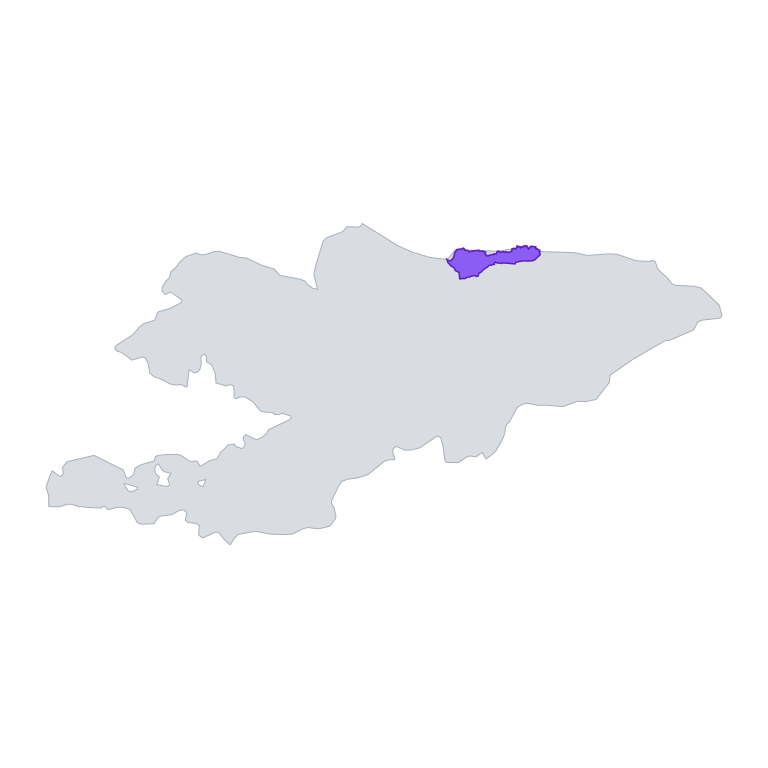 Kemin, Chuy, Kyrgyzstan shown in context
{"feature_id": "92254566B21281891478391", "entity_name": "Kemin", "entity_type": "district", "adm_level": 2, "iso_a3": "KGZ", "parent_name": "Kyrgyzstan", "parent_adm1": "Chuy", "projection": "orthographic", "projection_center": [76.498, 42.781], "detail": "fine", "context": "in_parent", "style": "filled", "palette": "violet", "viewbox_px": 768, "rotation_deg": 0, "n_neighbors": 0, "source": "geoboundaries", "source_scale": "gbopen_adm2", "svg_char_len": 8965}
<svg xmlns="http://www.w3.org/2000/svg" viewBox="0 0 768 768"><path d="M155.3,456.8L157.4,455.6L163.9,454.7L176.9,454.3L181.2,455.5L189.8,461.4L196.6,461.1L197.8,461.9L200.1,466.6L209.9,460.5L216.8,458.9L220.6,452.4L228.3,444.9L234.6,444.0L234.7,445.2L235.8,446.5L242.1,448.6L244.1,446.6L245.3,443.8L243.3,439.1L243.3,437.2L245.5,434.5L255.4,439.3L257.7,439.3L262.4,437.1L266.8,433.0L268.5,429.7L289.7,419.6L291.2,417.7L291.0,416.2L282.4,413.3L278.5,414.6L274.8,414.5L272.7,412.8L262.2,411.7L259.9,410.4L253.3,402.2L244.9,396.8L240.7,396.9L235.6,398.7L234.1,397.7L234.1,390.2L233.3,385.7L230.4,384.5L226.4,386.0L216.0,383.0L215.3,373.6L211.8,365.1L206.4,361.5L206.5,356.5L204.6,354.3L202.9,354.8L200.7,357.2L201.4,362.7L200.3,368.2L198.9,370.9L196.3,372.7L193.6,372.6L189.0,369.6L187.2,386.1L186.2,387.1L180.7,384.4L176.0,385.1L169.2,383.7L164.3,380.6L154.4,376.8L149.9,373.5L147.8,362.2L145.3,358.0L142.7,357.0L131.9,360.1L121.5,352.5L116.2,350.7L114.9,348.5L115.4,346.0L132.7,334.8L139.8,326.7L144.1,323.4L154.7,320.3L157.5,312.6L158.5,311.8L169.2,308.7L181.4,302.6L181.7,300.7L180.7,299.0L170.5,292.0L165.0,294.6L162.0,290.7L162.3,287.0L166.2,280.8L169.4,277.8L171.0,271.7L175.5,267.8L180.3,261.6L185.9,256.6L195.9,253.2L201.3,254.8L206.5,254.2L214.6,251.4L219.5,251.4L239.6,257.4L246.4,258.0L261.9,265.3L274.2,269.1L280.0,275.5L299.9,279.1L305.3,281.2L307.1,284.2L312.7,288.3L317.5,289.3L313.8,274.2L315.8,265.5L323.0,241.4L326.4,237.9L342.8,231.6L346.7,226.7L358.2,227.1L360.7,226.2L362.1,223.4L397.5,245.5L411.0,251.7L429.8,257.4L445.8,259.4L448.5,258.2L455.0,250.0L458.0,249.6L497.6,251.3L525.9,246.8L530.0,247.0L540.6,251.6L574.2,252.6L587.4,255.4L608.3,253.9L617.1,254.2L633.1,259.8L638.7,260.9L649.1,261.5L653.0,260.4L655.3,261.7L657.8,269.1L667.9,278.4L671.7,283.5L675.5,285.4L694.2,286.3L701.3,288.0L719.3,305.3L721.9,315.8L720.2,318.1L701.9,320.2L697.8,322.0L693.6,330.0L669.2,340.4L665.5,340.4L632.8,359.4L610.1,375.2L609.3,382.5L596.1,399.4L585.9,401.6L577.3,401.4L563.1,406.6L544.9,405.1L538.7,405.4L526.8,403.2L521.9,404.5L516.9,407.9L509.8,421.2L506.9,424.3L505.6,427.3L504.6,433.8L501.8,440.6L495.8,451.0L490.7,455.8L485.9,458.8L482.2,452.5L475.9,456.9L470.1,455.9L466.5,457.2L458.3,462.7L446.3,462.4L445.0,460.5L442.8,445.3L440.8,438.1L439.1,436.5L436.9,436.3L419.6,447.9L411.6,449.9L405.0,450.2L396.5,446.5L394.6,447.3L393.1,449.2L392.5,451.6L394.8,458.4L394.1,459.8L390.2,459.6L384.8,461.0L367.9,474.6L357.4,478.0L347.6,479.2L341.7,481.5L338.3,486.6L331.5,500.9L331.7,503.9L334.2,507.9L336.0,516.7L335.4,518.9L330.0,526.0L323.2,527.9L317.9,528.8L307.9,527.5L302.7,528.8L293.0,533.9L285.1,534.6L270.3,534.1L255.9,531.4L251.1,531.9L238.1,534.5L233.5,539.4L230.9,544.0L229.6,544.6L224.7,540.0L218.5,532.3L215.3,532.2L203.4,537.7L201.7,537.4L198.5,534.9L199.4,525.5L195.8,523.4L188.0,522.4L185.4,520.2L186.6,514.2L185.9,511.9L183.9,510.0L179.8,510.2L171.4,514.8L161.6,515.9L158.2,517.3L154.1,523.7L141.2,524.2L137.2,522.4L130.2,509.7L123.7,507.4L116.9,507.3L107.6,509.8L105.6,507.1L103.2,506.1L101.0,508.1L89.7,507.6L78.4,506.4L72.0,504.4L67.7,504.2L59.1,506.8L48.8,506.6L48.6,495.1L46.1,487.2L50.2,474.8L52.2,470.9L59.5,476.3L62.3,475.7L63.2,473.3L62.5,467.5L66.8,461.7L94.2,455.4L123.2,469.9L126.5,478.2L129.1,478.0L133.5,474.7L135.2,468.0L141.3,464.6L154.4,460.9L155.3,456.8ZM168.9,485.7L169.6,484.6L167.7,478.6L171.1,473.2L165.0,471.9L162.1,470.1L158.9,464.3L157.8,464.0L155.9,465.4L154.7,469.0L155.3,473.0L159.4,477.0L156.9,484.7L165.8,486.3L168.9,485.7ZM137.4,489.1L137.3,487.4L135.2,486.5L124.2,483.5L124.5,485.1L128.4,491.2L131.7,491.8L137.4,489.1ZM204.6,483.2L205.5,479.6L198.6,481.3L197.8,483.1L199.9,485.6L202.8,486.6L204.6,483.2Z" fill="#d9dde1" stroke="#a8b0b8" stroke-width="1"/><path d="M459.7,278.8L460.4,279.0L461.7,278.6L462.1,278.5L464.7,278.6L465.1,278.5L465.4,278.4L467.1,277.4L468.0,277.0L469.6,277.0L470.1,276.9L470.6,276.4L471.0,276.3L471.8,276.2L472.9,275.8L473.6,275.6L474.4,275.7L476.6,276.4L477.2,276.4L477.8,276.2L478.4,275.6L478.5,274.8L478.6,274.0L478.8,273.3L479.2,273.0L480.4,272.5L481.4,271.9L481.9,271.3L482.2,270.9L482.8,270.3L483.4,269.9L483.9,269.3L484.4,268.8L485.7,268.3L486.2,267.8L486.8,267.4L487.3,267.1L487.9,266.7L488.4,266.0L488.8,265.5L489.4,265.1L489.7,265.1L490.4,265.2L490.9,265.4L491.3,265.3L492.1,264.8L492.5,264.5L492.9,264.4L493.3,264.4L494.2,264.5L494.6,264.1L494.7,263.8L494.5,263.2L494.5,262.8L494.9,262.4L495.3,262.2L495.9,262.3L497.2,263.0L497.9,263.1L499.4,263.0L500.5,263.2L501.4,263.5L502.1,263.3L502.7,262.9L515.1,263.9L515.9,262.2L523.0,260.9L528.3,261.0L531.4,260.9L532.5,260.7L534.1,260.2L534.8,259.8L539.9,255.0L540.1,254.5L540.2,254.0L539.9,253.3L539.3,251.8L539.9,251.2L539.9,250.9L540.0,250.7L539.9,250.4L539.7,250.4L539.4,250.4L539.2,250.4L539.0,250.2L538.8,250.1L538.6,249.8L538.2,249.4L537.9,249.2L537.6,249.1L537.4,248.9L537.2,248.8L536.8,249.0L536.5,249.1L536.2,249.2L535.6,248.7L535.8,248.3L535.9,248.1L535.7,247.5L535.8,247.2L535.9,246.9L535.7,246.8L534.8,246.7L534.5,246.8L534.4,246.9L534.1,247.0L533.8,246.8L533.6,246.6L533.4,246.5L533.0,246.6L532.7,246.6L532.3,246.5L532.2,246.3L531.6,246.1L531.4,246.2L531.2,246.5L530.7,246.4L530.4,246.5L530.3,247.4L529.9,247.8L529.8,248.1L529.1,248.8L528.7,248.9L528.7,248.5L528.6,248.3L528.2,248.4L527.9,248.2L527.9,247.8L527.5,247.5L527.4,247.4L527.3,247.1L527.2,246.9L527.1,246.6L527.0,246.4L526.9,246.0L526.7,245.8L526.3,245.8L526.2,245.8L525.7,246.1L525.2,245.7L524.7,245.9L524.2,246.1L524.1,246.4L523.8,246.2L523.5,246.2L523.4,246.1L523.2,246.1L523.0,246.4L522.9,246.5L522.7,246.8L522.7,247.0L522.3,247.1L521.8,247.4L521.6,247.3L521.5,247.1L521.4,247.0L521.3,246.9L521.1,246.9L521.0,247.0L520.8,247.1L520.7,247.4L520.6,247.1L520.3,246.8L520.1,246.8L519.9,246.7L519.7,246.6L519.3,247.0L519.1,247.0L518.9,246.9L518.7,246.8L518.5,246.6L518.4,246.6L517.9,246.4L517.8,246.2L517.7,246.1L517.5,245.9L517.0,246.0L516.9,246.0L516.9,246.3L516.8,246.5L517.0,246.8L517.0,247.0L516.9,247.3L516.5,247.7L516.3,248.0L516.2,248.3L515.9,248.4L515.5,248.4L515.4,248.5L515.0,248.8L515.0,249.0L514.7,248.9L514.3,248.4L513.7,248.2L513.0,248.6L512.5,248.7L512.2,248.7L512.0,249.0L511.8,249.4L512.1,249.7L512.2,249.9L512.2,250.0L511.9,250.3L511.9,250.7L511.8,251.0L511.7,251.1L511.2,251.3L510.8,251.5L510.6,251.7L510.6,251.8L510.4,252.0L510.1,252.1L509.8,252.1L509.5,252.3L509.4,252.4L508.5,252.3L508.2,252.3L508.1,252.1L507.5,252.0L507.2,252.0L506.6,252.2L506.1,251.9L505.9,251.7L505.8,251.9L505.5,252.1L505.1,252.1L504.8,252.3L504.7,252.3L504.0,251.8L503.7,251.7L503.4,251.6L503.2,251.5L502.9,251.8L502.7,252.1L502.3,252.1L502.2,252.2L502.1,252.3L501.5,252.3L501.3,252.1L501.2,252.0L500.8,252.1L500.5,252.1L500.2,251.9L500.0,252.0L499.8,251.8L499.4,251.5L499.0,251.3L498.7,251.2L498.4,251.0L498.1,251.2L497.5,251.2L497.3,251.3L497.3,251.5L497.2,251.6L497.2,252.0L497.2,252.3L496.9,252.5L496.7,252.5L496.6,252.9L496.4,253.3L496.2,253.6L496.3,253.7L495.8,254.1L495.7,254.1L495.0,253.9L494.9,253.9L494.6,254.1L494.4,254.1L494.1,254.2L493.6,253.9L493.3,254.1L493.1,254.5L492.4,254.9L492.0,254.9L491.7,254.9L491.4,254.9L490.8,254.8L490.6,254.8L490.1,255.2L489.9,255.2L489.6,255.3L489.4,255.5L489.1,255.5L488.8,255.4L488.7,255.4L488.6,255.6L488.4,255.6L488.3,255.8L488.0,255.9L487.8,256.0L487.4,255.8L486.9,255.8L486.7,255.2L485.9,255.0L485.5,254.9L485.4,254.8L485.4,254.6L485.4,254.4L485.4,254.1L485.3,253.8L485.2,253.7L485.3,253.3L485.6,253.1L485.7,252.9L485.7,252.7L485.5,252.4L485.3,251.9L484.8,251.9L484.5,251.8L484.3,251.6L484.1,251.6L483.9,251.6L483.7,251.4L483.4,251.4L483.1,251.2L482.9,251.3L482.4,251.1L482.1,251.2L481.8,251.2L481.7,251.1L481.0,251.1L480.5,251.0L480.2,251.2L479.9,251.2L479.6,251.4L479.3,251.4L479.2,251.3L479.2,251.2L479.1,250.5L479.0,250.3L478.9,250.2L478.8,250.3L478.4,250.2L478.0,250.3L477.7,250.4L477.1,250.4L476.8,250.5L476.1,250.6L475.4,250.7L475.2,250.7L474.9,250.9L474.6,250.9L474.4,250.9L474.2,250.7L473.9,250.9L473.6,250.9L473.3,250.8L473.1,250.9L472.9,251.1L472.7,251.3L472.4,251.2L472.1,251.0L471.7,250.9L471.6,251.0L471.4,251.1L471.1,251.4L470.9,251.5L470.6,251.4L470.3,251.5L470.1,251.4L469.9,251.6L469.7,251.5L469.1,251.8L468.8,251.7L468.6,251.5L468.6,251.2L468.4,251.0L468.3,250.9L468.1,250.9L467.9,250.7L467.6,250.5L467.4,250.4L467.1,250.4L466.8,250.4L466.4,250.3L465.4,250.3L464.8,250.0L464.6,250.1L464.4,250.0L464.4,249.8L464.6,249.5L464.5,249.1L464.2,248.8L464.1,248.7L463.9,248.4L463.7,248.2L463.4,248.1L463.0,248.2L462.9,248.2L462.9,248.3L462.5,248.7L461.9,248.7L461.2,249.1L460.5,249.1L460.4,249.0L460.0,249.1L459.8,249.1L459.6,249.1L459.2,249.2L458.9,249.2L458.7,249.2L458.4,249.2L458.2,249.4L457.9,249.6L457.7,249.7L457.3,249.4L457.0,249.4L456.6,250.1L456.3,250.6L455.7,251.2L454.8,252.7L454.2,254.8L453.9,256.3L453.2,258.0L452.5,258.8L452.1,259.3L451.9,259.4L450.6,260.9L450.3,260.9L449.0,260.4L448.7,260.3L448.0,260.3L447.9,260.2L446.9,259.5L447.8,262.4L451.2,266.2L452.8,266.8L454.7,268.7L455.2,270.5L457.5,271.6L459.1,272.7L459.7,278.8Z" fill="#8b5cf6" stroke="#5b21b6" stroke-width="1.5"/></svg>